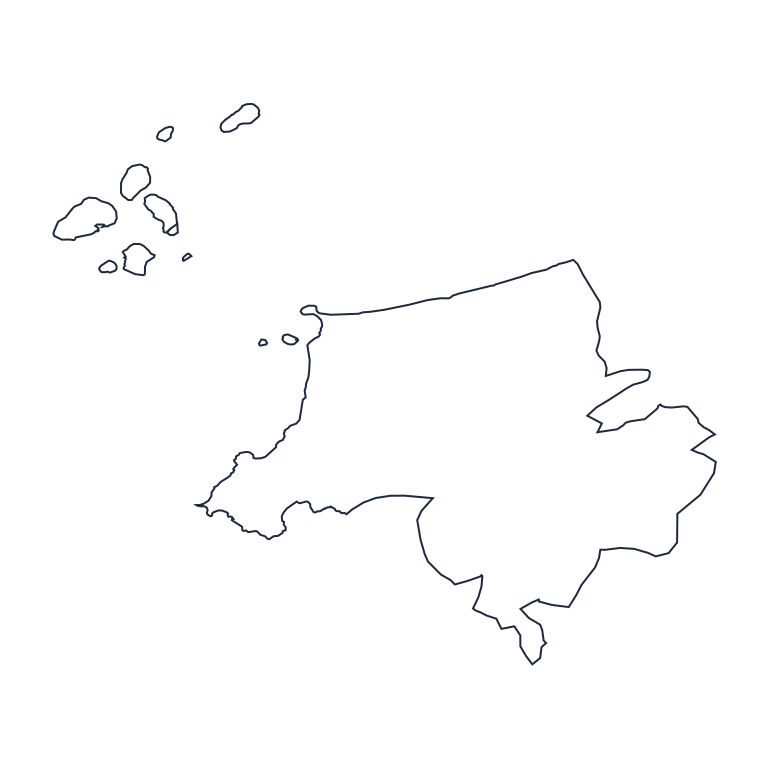 Nias Barat, Sumatera Utara, Indonesia (Equal Earth projection), rotated 91°
{"feature_id": "22746128B23007358779926", "entity_name": "Nias Barat", "entity_type": "district", "adm_level": 2, "iso_a3": "IDN", "parent_name": "Indonesia", "parent_adm1": "Sumatera Utara", "projection": "equal_earth", "projection_center": [97.451, 0.982], "detail": "fine", "context": "isolated", "style": "outline", "palette": "slate", "viewbox_px": 768, "rotation_deg": 91, "n_neighbors": 0, "source": "geoboundaries", "source_scale": "gbopen_adm2", "svg_char_len": 6157}
<svg xmlns="http://www.w3.org/2000/svg" viewBox="0 0 768 768"><g transform="rotate(91 384 384)"><path d="M428.7,52.3L424.3,58.3L421.6,63.7L417.3,68.8L413.5,69.7L401.6,80.2L401.1,84.1L402.5,95.6L402.3,102.0L401.1,106.0L399.7,107.1L400.8,109.2L403.7,110.2L414.6,122.6L417.0,137.0L418.4,141.5L421.3,144.3L425.2,150.0L428.5,169.7L419.6,165.5L412.2,180.2L403.6,171.1L396.0,158.9L384.3,141.6L380.3,134.8L377.7,125.8L375.3,120.6L372.0,118.8L367.2,118.4L365.5,120.4L365.2,126.6L365.6,139.7L367.1,147.9L372.1,162.4L364.2,161.7L357.9,163.7L352.0,169.7L347.0,172.2L337.2,169.6L332.5,169.1L324.0,171.4L317.6,172.1L303.9,169.0L298.3,169.7L271.2,186.9L260.7,192.5L256.6,196.9L259.1,204.0L261.0,211.6L262.4,213.4L263.3,217.2L266.9,223.8L270.5,238.4L274.2,248.1L282.5,274.2L283.6,276.0L284.0,278.9L292.1,310.0L294.5,316.9L296.1,318.5L297.2,320.7L297.3,329.1L299.3,341.8L304.2,359.8L309.7,384.6L312.1,399.3L312.7,406.3L314.2,410.6L315.7,438.4L314.5,449.1L313.9,450.8L311.9,452.7L307.9,453.1L307.0,455.1L307.0,460.9L309.4,466.3L311.6,468.2L313.1,468.6L315.1,467.0L315.7,466.3L316.0,464.3L315.3,456.1L317.1,452.3L321.1,448.1L325.2,446.9L327.5,446.9L329.5,448.1L331.8,448.1L334.1,449.6L335.6,448.8L337.6,450.0L339.6,453.9L343.8,459.2L346.5,461.3L361.5,458.7L373.3,459.1L378.5,459.7L385.0,461.9L389.5,462.3L391.7,463.2L398.7,462.1L401.3,464.9L421.4,467.8L425.1,471.0L427.6,477.4L429.2,478.4L432.3,482.6L433.0,482.3L435.0,483.3L438.3,482.4L441.9,484.4L442.8,486.9L444.2,488.9L446.4,490.7L449.1,490.9L458.9,501.4L460.4,505.7L460.8,511.1L460.2,513.2L457.2,513.6L454.7,517.0L454.3,520.4L455.6,527.0L457.5,528.1L458.9,530.7L461.6,530.9L462.5,532.5L463.5,532.6L467.3,529.5L470.8,532.8L471.9,533.2L472.6,532.2L474.9,533.3L476.1,535.4L477.9,535.8L479.5,537.6L484.7,545.5L488.7,549.0L490.1,552.0L491.2,551.7L495.4,554.5L499.0,554.6L503.6,557.3L506.9,562.3L508.2,566.1L508.3,569.6L509.0,568.6L509.6,563.9L509.2,562.9L509.9,560.3L511.0,558.9L513.3,558.1L515.5,558.8L517.4,558.4L519.1,555.6L519.1,554.4L518.4,553.6L516.4,553.5L515.4,552.6L513.3,547.4L513.4,543.3L515.3,538.5L516.1,537.6L517.6,538.1L519.0,537.7L519.5,537.3L519.1,535.4L519.6,533.8L521.5,532.2L521.8,533.6L522.8,533.8L529.2,523.4L532.2,523.2L533.3,522.3L532.9,519.1L534.5,517.2L533.2,509.3L534.2,507.5L536.7,505.4L538.5,500.0L540.7,498.0L541.1,495.8L538.2,491.9L537.7,487.3L534.8,483.0L532.6,482.4L532.0,479.8L529.1,479.8L526.2,481.8L523.6,481.6L522.9,483.2L522.1,483.5L518.1,483.9L514.2,482.1L510.1,478.9L503.1,469.3L504.6,466.8L504.6,465.7L502.8,459.7L503.1,458.0L505.4,455.7L508.3,455.5L513.4,452.1L513.6,450.1L512.6,448.8L512.3,445.5L510.2,442.4L510.0,441.1L509.1,440.6L509.0,439.4L508.2,438.0L508.2,435.3L507.5,435.1L509.7,431.0L511.0,430.5L511.9,429.2L512.0,426.2L513.8,424.4L513.7,420.9L514.9,419.2L510.0,413.7L502.8,402.3L498.1,390.2L495.6,375.5L495.3,361.4L497.3,333.2L510.2,344.3L519.5,348.4L539.2,344.7L553.4,340.3L560.8,336.9L573.6,323.7L579.1,313.7L583.2,309.7L579.6,297.5L574.7,284.2L573.4,283.3L574.3,282.3L584.8,283.0L595.5,285.9L606.9,291.1L608.9,288.4L610.6,283.6L613.6,277.7L616.7,267.6L626.8,262.3L624.0,249.5L633.0,243.3L643.9,243.1L653.4,237.3L661.7,230.8L655.3,223.1L644.4,221.9L640.1,217.4L637.7,219.9L627.4,221.5L622.0,223.6L615.5,235.0L606.5,243.6L599.9,232.5L596.8,225.5L598.8,225.2L602.0,212.2L603.8,195.4L592.1,188.3L581.4,183.0L563.8,169.8L554.3,166.0L545.9,164.8L545.9,159.7L543.8,145.1L544.5,130.9L548.3,117.0L551.6,109.3L548.1,96.4L537.4,88.2L508.7,88.4L489.2,65.7L467.4,52.5L456.1,50.9L448.6,63.4L447.1,69.1L444.5,75.1L431.5,57.8L428.7,52.3ZM223.1,654.1L216.2,654.9L210.7,658.8L208.1,662.7L206.2,669.8L203.2,675.1L202.8,682.5L205.1,687.3L209.3,690.1L211.7,696.1L213.7,698.3L222.9,705.3L227.5,712.7L237.9,716.9L239.4,717.1L241.8,716.2L245.3,708.6L245.0,700.6L245.6,696.7L245.1,695.8L242.8,694.6L239.4,679.4L237.8,676.3L236.5,675.4L236.2,672.5L235.3,672.0L234.9,673.0L233.1,672.3L231.0,675.5L229.5,673.5L229.5,666.9L230.0,666.5L231.8,668.2L231.0,664.6L231.3,662.9L230.2,661.7L228.0,656.2L223.1,654.1ZM191.9,625.7L186.9,621.4L181.1,621.4L174.3,624.1L172.8,623.8L171.4,625.0L171.4,626.9L169.6,629.2L168.8,631.9L170.5,639.6L173.9,643.9L177.5,645.1L183.8,649.0L187.6,650.4L197.5,650.3L200.3,648.6L204.6,642.8L204.3,639.2L202.8,638.4L194.6,630.5L191.9,625.7ZM227.6,593.7L217.1,595.0L212.5,598.2L211.3,598.1L208.1,601.3L207.4,601.3L204.2,605.2L200.7,613.3L199.2,614.9L198.7,617.0L198.7,620.5L200.0,623.3L202.4,626.5L205.9,626.1L208.0,626.8L213.5,622.8L215.3,619.5L216.5,619.0L217.9,617.2L220.8,617.3L223.3,613.2L224.8,609.0L226.8,607.3L229.9,607.0L231.9,607.8L233.6,606.9L235.4,607.2L236.3,606.1L236.4,604.3L232.6,600.5L227.6,593.7ZM271.0,625.0L266.1,623.4L261.2,616.1L259.2,615.6L257.8,619.2L254.9,621.4L250.6,626.1L248.8,629.2L248.3,630.8L248.3,636.6L250.6,640.5L254.0,643.5L255.5,646.6L256.6,647.5L261.2,644.4L262.1,645.9L263.2,644.4L268.8,645.6L270.4,645.1L272.2,646.3L273.6,646.3L278.5,634.7L279.4,626.9L278.8,625.3L277.6,625.0L271.0,625.0ZM118.7,514.0L117.0,513.2L116.4,514.0L113.0,513.5L110.3,514.7L108.0,517.5L106.6,519.5L106.3,521.7L106.6,526.0L107.5,528.3L108.6,530.7L109.4,530.7L113.5,534.5L114.6,536.9L117.5,540.0L117.5,541.1L119.0,542.3L122.7,547.4L126.7,551.2L130.2,552.0L133.3,550.8L134.8,548.5L134.2,542.3L130.8,535.7L128.2,534.5L126.7,532.3L125.9,528.7L125.9,524.1L125.3,521.4L118.7,514.0ZM137.7,601.3L134.8,599.7L131.9,599.4L131.1,600.1L130.5,602.5L131.9,607.1L136.2,613.4L140.5,615.2L142.3,614.9L143.4,613.4L144.1,609.8L145.2,607.4L144.9,606.4L141.4,601.6L137.7,601.3ZM271.6,653.3L269.3,654.1L267.3,656.0L265.9,659.1L265.5,661.4L270.7,669.1L273.3,670.8L275.1,670.3L277.1,668.4L277.1,664.5L276.5,662.6L277.4,659.9L275.4,654.8L273.9,653.6L271.6,653.3ZM345.6,474.4L342.4,470.9L341.9,470.9L341.3,472.8L340.4,472.5L340.7,471.3L339.9,471.8L336.1,481.0L337.0,484.9L338.7,486.1L339.6,485.7L341.0,486.4L343.5,484.9L345.6,481.0L346.2,477.6L345.6,474.4ZM236.5,603.6L238.8,600.5L238.8,597.0L236.2,592.8L227.5,593.5L232.7,600.5L236.5,603.6ZM345.9,509.8L347.6,508.9L347.6,507.4L346.4,502.3L345.0,501.6L342.1,503.5L341.6,507.4L345.9,509.8ZM264.4,586.5L259.5,578.8L257.2,581.2L257.2,582.7L260.1,586.1L261.2,587.0L263.6,587.3L264.4,586.5Z" fill="none" stroke="#1e293b" stroke-width="2"/></g></svg>